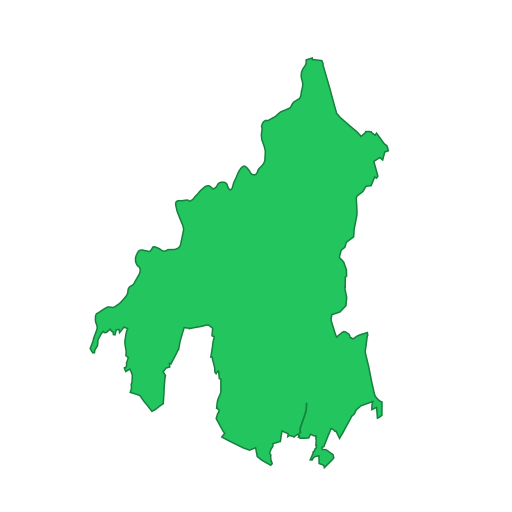 Vecsaules pag., Bauska, Latvia, rotated 99°
{"feature_id": "27541924B84653415581668", "entity_name": "Vecsaules pag.", "entity_type": "district", "adm_level": 2, "iso_a3": "LVA", "parent_name": "Latvia", "parent_adm1": "Bauska", "projection": "robinson", "projection_center": [24.442, 56.411], "detail": "fine", "context": "isolated", "style": "filled", "palette": "green", "viewbox_px": 512, "rotation_deg": 99, "n_neighbors": 0, "source": "geoboundaries", "source_scale": "gbopen_adm2", "svg_char_len": 6094}
<svg xmlns="http://www.w3.org/2000/svg" viewBox="0 0 512 512"><g transform="rotate(99 256 256)"><path d="M213.0,337.9L213.3,340.3L213.9,342.3L214.9,343.3L216.7,343.6L218.7,343.1L224.2,340.9L229.4,337.9L237.1,333.2L238.9,332.3L241.6,331.6L256.9,332.3L258.8,332.9L260.5,334.3L261.6,335.9L262.3,337.4L263.5,344.0L264.6,345.3L265.4,346.6L265.7,348.4L265.2,350.0L263.8,352.8L262.9,356.5L262.8,358.1L263.0,358.9L263.8,359.5L265.7,360.1L267.6,361.2L268.3,362.4L268.0,365.4L268.0,367.6L267.8,369.1L268.1,370.4L268.5,371.6L269.7,372.9L272.0,373.7L274.8,374.5L276.8,374.7L279.0,374.4L280.7,373.9L282.7,372.7L284.1,371.6L285.1,369.8L285.9,369.0L286.9,368.5L288.0,368.2L290.6,368.1L292.9,368.7L300.1,371.5L302.4,372.2L303.9,373.2L306.0,375.8L306.9,376.4L308.5,377.0L312.8,377.0L314.6,377.4L316.9,378.5L323.0,382.4L324.5,383.6L328.7,388.1L329.2,389.0L329.4,393.1L329.6,394.6L330.7,396.1L334.2,400.2L336.6,402.6L337.3,403.7L338.3,404.6L340.1,405.1L344.1,404.7L346.2,404.1L350.1,402.0L352.0,401.6L353.9,401.7L363.1,403.6L364.9,403.5L373.3,405.3L374.0,404.8L374.7,404.1L375.7,403.6L376.1,403.0L377.3,401.9L376.8,400.7L376.8,400.4L374.4,400.5L369.3,398.5L363.3,398.9L357.1,396.7L354.5,395.1L355.5,393.8L354.9,391.7L351.0,388.6L353.0,386.9L353.3,385.4L356.0,384.5L355.9,382.9L350.8,382.5L350.0,379.8L353.1,378.8L346.8,375.2L347.1,374.8L347.7,371.5L352.5,372.2L359.8,372.2L361.9,372.0L364.3,371.4L370.6,369.3L374.8,368.9L376.3,366.2L382.3,367.2L383.4,366.7L386.0,367.0L386.8,367.9L386.9,368.5L387.2,368.5L390.5,366.6L387.5,363.0L388.5,362.1L390.1,361.1L393.1,359.5L400.6,358.7L402.1,359.2L406.2,358.3L410.4,358.9L411.4,351.8L412.1,348.8L417.6,343.4L420.5,340.0L425.7,334.5L423.7,331.7L418.9,327.2L416.4,324.5L405.4,325.5L400.6,326.1L391.4,326.8L388.2,326.7L384.9,329.6L380.7,327.2L379.1,323.8L375.6,324.7L375.9,323.1L365.5,319.6L360.2,318.1L360.4,317.8L351.9,317.6L338.0,315.8L337.8,310.6L338.2,310.5L336.2,305.2L334.3,299.5L332.3,294.8L331.6,292.3L334.1,287.5L341.1,287.1L341.9,286.7L341.9,284.9L342.6,284.6L348.2,285.0L352.3,284.8L362.9,284.8L362.6,283.7L373.0,279.3L377.3,278.4L378.5,277.0L375.4,275.5L375.4,275.2L376.0,274.8L382.8,273.1L383.2,271.4L395.5,269.5L395.5,269.3L398.6,269.9L403.0,271.1L404.5,271.3L406.5,271.4L412.6,271.1L412.5,270.1L412.9,270.1L414.2,268.1L416.9,268.7L417.6,269.2L422.8,269.9L433.7,261.5L436.0,259.2L440.2,261.5L443.1,252.9L447.6,238.3L448.8,232.0L445.5,226.4L453.9,223.4L456.6,218.7L458.6,213.7L459.0,212.3L460.4,208.7L458.6,207.5L455.8,208.9L455.8,209.1L455.5,209.2L452.8,210.0L450.2,210.2L448.5,211.7L448.2,211.8L446.1,211.3L443.9,210.7L441.3,209.5L438.8,210.0L435.4,203.1L435.4,202.9L424.8,203.0L426.5,196.4L429.4,196.4L428.1,194.9L428.2,192.7L428.8,190.0L427.8,189.4L425.9,187.2L425.8,186.3L425.3,186.3L423.5,184.5L422.9,184.5L422.4,184.9L420.9,185.3L420.6,185.5L419.7,185.6L405.0,183.0L400.7,182.4L393.2,183.1L393.5,182.9L400.7,182.2L405.0,182.8L419.8,185.4L420.5,185.4L421.0,185.1L422.1,184.9L422.7,184.4L423.1,184.3L423.6,184.5L425.4,186.2L426.0,186.1L426.4,186.0L426.6,185.8L426.7,185.1L427.1,184.8L427.6,185.1L427.9,185.6L428.3,185.7L428.2,185.2L428.6,184.9L429.1,184.1L428.4,179.6L427.5,175.5L423.5,174.2L424.6,170.5L424.4,168.3L426.6,168.4L428.5,167.7L433.6,167.3L433.9,166.5L436.7,166.7L437.2,167.5L438.8,167.7L441.1,168.7L440.6,168.9L440.7,169.0L441.6,168.7L448.9,170.6L448.8,168.8L447.3,168.0L446.8,168.1L446.3,167.6L445.0,166.6L443.5,162.6L451.1,161.2L451.8,157.5L452.5,156.1L454.4,155.4L445.2,148.7L443.2,147.6L440.1,148.9L436.3,156.7L436.8,160.2L435.4,160.8L434.7,160.8L434.0,160.1L433.8,159.2L422.4,156.7L421.0,156.5L420.8,156.2L414.6,154.9L415.6,152.1L416.8,150.6L416.7,149.4L423.1,144.9L418.7,143.4L418.5,143.1L399.2,136.3L396.8,134.3L392.4,132.9L387.6,129.0L381.5,117.9L384.5,118.2L389.6,117.6L386.7,113.2L397.2,110.7L396.1,109.0L393.6,106.7L380.5,108.7L379.7,111.5L377.6,114.3L375.9,116.2L375.0,116.8L370.8,118.7L369.7,119.0L363.7,121.5L347.6,127.4L333.7,133.2L326.8,133.3L317.9,133.6L317.0,133.2L314.2,134.0L317.5,140.9L319.5,143.9L322.4,146.8L322.7,147.4L321.8,149.1L322.1,149.7L322.0,150.0L321.2,150.5L320.0,151.0L319.0,151.7L318.6,152.3L317.3,155.0L317.0,155.9L316.9,157.4L318.0,159.0L323.5,163.7L322.4,164.4L319.5,166.0L307.5,171.9L302.2,172.0L298.2,164.4L291.0,159.4L282.9,159.9L273.2,163.5L273.0,163.0L263.0,164.5L262.0,163.5L261.6,163.4L255.5,164.5L248.2,168.5L244.3,173.5L237.0,172.8L233.5,169.6L228.3,168.9L221.8,162.5L216.1,163.1L213.0,163.2L202.8,162.8L198.9,162.8L194.2,163.6L182.8,166.1L180.9,165.5L175.6,160.5L169.9,158.2L168.5,153.3L159.5,151.2L160.3,149.2L158.1,148.1L144.2,154.4L139.4,149.2L141.4,145.9L133.2,145.1L131.4,141.8L131.3,141.7L127.6,143.4L126.5,144.1L125.1,146.9L115.8,156.2L118.1,157.2L115.9,161.3L115.4,161.5L115.4,164.1L115.9,167.1L116.4,166.8L120.6,170.2L121.4,171.2L121.0,171.3L117.0,176.5L115.8,178.8L105.9,194.7L103.5,197.4L102.6,198.6L92.2,203.4L79.8,208.9L57.1,219.6L55.3,220.0L53.6,221.1L52.7,221.5L53.1,231.0L51.6,231.4L54.3,236.9L54.7,237.2L56.1,236.8L57.9,236.7L59.7,237.0L64.0,239.0L67.3,239.8L70.9,239.6L73.1,239.0L76.9,237.3L78.7,236.8L80.7,236.5L83.9,236.6L86.0,236.9L88.7,236.8L91.2,236.8L92.2,237.1L93.8,237.8L98.0,242.8L99.8,243.8L103.8,245.1L105.0,246.4L109.7,254.0L110.6,255.0L115.2,258.7L120.3,265.3L120.5,266.2L120.5,267.6L122.3,269.6L124.4,270.4L126.1,270.7L127.2,270.8L127.7,270.4L130.3,269.8L135.5,269.7L140.1,268.5L146.5,265.0L149.7,263.7L151.6,263.1L160.4,262.2L163.0,262.8L164.9,263.6L169.7,267.0L170.7,267.4L173.5,267.9L175.4,268.9L175.9,269.9L176.2,271.3L175.9,273.0L175.3,273.8L172.3,276.5L171.1,277.8L169.8,279.4L169.2,280.7L169.1,281.6L169.3,282.4L170.2,283.5L171.8,284.7L174.6,286.0L177.4,286.9L181.9,287.9L185.4,289.0L187.4,289.5L192.6,290.1L193.5,290.5L194.3,291.1L194.7,291.7L194.6,292.5L193.6,293.5L191.9,294.8L190.1,295.7L189.0,296.6L188.2,298.3L188.3,300.8L188.9,302.7L189.9,304.2L190.9,304.8L193.7,305.9L194.9,306.7L196.4,308.6L196.1,309.6L194.2,312.6L194.0,313.8L194.3,315.1L195.2,316.9L199.0,320.2L201.0,321.7L204.5,323.7L205.9,324.9L209.8,327.1L210.9,328.2L212.0,329.6L212.2,330.5L211.5,331.8L211.6,333.4L213.0,337.9Z" fill="#22c55e" stroke="#15803d" stroke-width="1.5"/></g></svg>